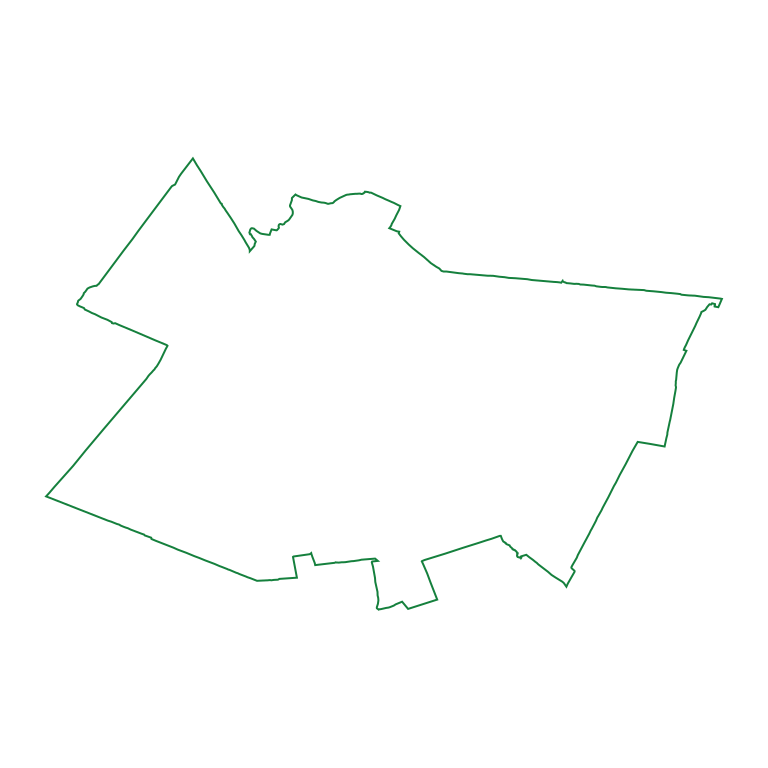 outline of Punghina, Mehedinti, Romania
{"feature_id": "2599482B36454738033803", "entity_name": "Punghina", "entity_type": "district", "adm_level": 2, "iso_a3": "ROU", "parent_name": "Romania", "parent_adm1": "Mehedinti", "projection": "robinson", "projection_center": [22.945, 44.308], "detail": "fine", "context": "isolated", "style": "outline", "palette": "green", "viewbox_px": 768, "rotation_deg": 0, "n_neighbors": 0, "source": "geoboundaries", "source_scale": "gbopen_adm2", "svg_char_len": 6049}
<svg xmlns="http://www.w3.org/2000/svg" viewBox="0 0 768 768"><path d="M574.5,570.8L571.7,568.3L571.4,567.7L571.4,567.2L572.3,565.4L576.8,557.7L577.8,555.1L584.8,541.9L586.5,538.8L587.4,537.1L589.2,533.8L590.8,530.4L591.6,529.1L594.4,523.8L596.0,520.7L597.4,517.3L597.8,516.8L601.5,510.3L602.7,507.7L608.3,497.3L613.9,486.1L615.9,482.7L619.7,475.0L625.7,464.1L632.5,450.9L637.7,441.9L650.0,443.9L664.6,446.5L666.4,438.0L667.3,434.6L667.4,432.6L669.8,421.3L670.1,420.3L673.3,404.0L674.2,397.8L675.4,391.2L676.0,387.5L675.9,386.6L675.6,385.4L675.8,383.3L675.8,381.1L676.1,380.1L676.8,372.4L677.2,369.7L677.8,368.0L679.2,364.7L680.6,362.7L686.4,350.8L683.8,349.9L684.1,348.9L685.0,346.9L686.0,345.1L688.1,340.3L695.2,326.0L696.5,323.0L699.6,316.6L701.0,313.4L701.4,312.0L703.6,310.9L705.4,309.8L707.2,307.0L709.5,304.3L711.2,304.5L712.1,303.3L715.0,304.1L715.0,305.0L714.5,306.0L714.6,306.5L718.3,307.2L719.3,305.0L721.9,298.9L720.5,298.6L708.7,297.2L703.6,296.9L695.0,295.7L688.3,295.4L681.3,294.7L680.4,294.1L677.2,293.7L671.3,293.1L665.9,292.7L661.6,292.1L653.5,291.3L646.9,290.8L646.1,290.7L644.1,290.1L628.8,289.4L622.5,288.8L615.7,288.3L607.2,287.4L606.1,287.1L605.2,287.0L602.5,287.0L601.0,286.9L596.3,286.3L594.6,285.7L591.8,285.5L583.5,284.6L580.3,284.5L579.0,284.0L578.4,283.9L576.3,283.8L574.3,283.9L570.2,283.4L566.4,283.1L565.6,282.5L564.5,282.3L563.2,281.6L562.7,281.2L562.6,280.9L561.2,282.7L559.7,282.4L557.1,282.1L553.7,281.9L531.7,280.0L527.3,279.2L515.0,278.2L508.8,277.9L504.7,277.2L499.1,276.7L493.0,275.8L487.4,275.7L470.0,274.2L467.5,274.2L463.6,273.7L462.7,273.5L459.0,273.2L446.2,271.5L443.5,271.5L442.2,271.1L441.5,270.9L439.3,268.5L436.3,266.8L430.8,263.1L424.0,257.0L418.9,253.1L412.9,248.3L408.8,244.6L404.0,239.8L400.9,236.2L398.7,233.3L399.2,231.7L396.9,231.3L389.3,228.2L390.2,227.1L391.0,225.9L391.5,224.9L391.7,224.0L394.7,218.8L396.3,215.3L399.1,209.9L400.4,206.1L398.0,205.0L393.7,202.8L391.7,202.0L388.6,200.6L385.3,199.2L382.7,197.9L376.8,195.4L371.2,192.7L370.7,192.6L369.7,192.7L368.5,192.2L366.9,191.9L364.9,191.7L364.6,192.2L364.6,192.5L364.4,192.7L363.7,193.1L363.3,193.5L363.0,193.5L362.1,194.0L361.3,194.0L360.1,193.6L357.9,193.7L357.1,193.8L355.3,193.8L349.9,194.3L349.1,194.5L347.0,194.7L346.0,195.0L339.7,197.9L336.3,200.0L334.4,201.4L334.0,202.0L333.0,202.9L332.1,203.2L331.1,203.2L328.5,203.8L327.8,203.8L325.5,203.0L324.1,202.7L321.4,202.5L318.3,201.9L315.7,201.0L312.8,200.4L308.4,198.9L301.6,197.5L296.5,195.2L295.5,194.5L292.0,197.9L291.9,198.3L291.9,200.1L290.0,205.4L290.0,206.1L290.2,206.7L292.3,209.8L292.6,210.8L292.8,211.8L292.8,213.3L292.7,213.9L292.4,214.9L289.1,219.6L288.0,220.6L285.2,222.3L284.0,224.1L282.5,224.6L280.5,224.0L279.6,224.2L279.0,224.7L278.7,225.4L278.6,226.4L278.9,227.8L278.6,228.4L277.0,230.1L276.7,230.3L275.7,230.2L271.6,229.4L270.1,233.2L269.7,234.8L268.4,234.8L262.2,233.9L260.3,233.4L256.5,230.9L253.9,228.6L252.0,228.2L251.4,228.3L251.0,228.6L250.3,229.5L249.4,232.7L249.8,233.2L249.8,233.9L250.1,234.3L250.8,234.2L252.2,236.5L252.4,237.2L254.0,238.9L255.8,241.6L254.7,244.0L254.6,245.0L254.3,246.1L249.8,251.2L249.8,250.4L249.6,249.5L249.0,247.8L245.7,242.4L244.4,240.0L241.4,235.1L238.7,231.1L234.3,223.4L230.9,218.1L227.4,212.9L225.7,210.5L224.6,208.6L223.1,206.8L221.9,204.9L221.8,204.5L221.9,204.1L221.6,203.7L220.8,203.4L214.2,192.5L206.9,181.3L200.6,170.9L196.9,165.2L192.9,158.4L181.2,173.6L179.0,176.8L175.1,184.5L172.1,186.0L171.3,186.9L146.7,219.7L138.4,230.8L132.3,239.3L123.6,250.6L98.5,284.3L97.7,284.6L96.6,285.8L94.8,285.9L92.7,286.4L89.5,287.5L87.5,288.6L85.3,291.7L83.8,293.2L83.6,294.4L82.7,295.9L80.6,298.9L78.5,300.5L78.0,301.2L77.9,302.2L77.0,304.1L77.1,304.5L77.8,305.3L80.2,306.5L81.5,307.0L84.0,308.1L84.8,309.5L89.1,311.5L91.9,313.0L95.0,314.2L101.4,317.5L107.4,319.8L111.7,322.1L112.0,323.1L113.5,323.5L115.2,323.2L119.4,325.1L131.4,330.1L155.2,340.3L166.8,345.1L167.5,345.8L165.8,348.9L160.6,359.8L158.4,363.7L156.8,366.3L155.0,368.4L154.5,369.4L153.4,370.4L151.7,372.4L149.8,374.3L148.5,375.8L146.3,379.0L103.7,429.0L85.6,450.5L73.1,465.9L54.4,486.9L49.2,493.0L46.1,496.4L107.8,520.6L111.3,521.7L117.0,524.0L118.5,524.4L119.6,524.8L120.3,525.4L123.4,526.7L125.8,527.6L127.8,528.2L130.7,529.6L141.5,533.7L144.1,534.6L144.7,535.4L151.2,537.7L151.5,539.0L155.8,540.8L173.5,547.7L177.7,549.6L186.3,552.8L194.5,556.2L199.1,557.9L205.2,560.4L214.5,563.9L219.8,566.2L221.0,566.6L227.4,569.1L228.3,569.6L229.3,569.8L236.3,572.8L237.7,573.2L239.3,574.0L246.1,576.6L247.4,577.2L250.4,578.2L257.0,580.8L267.9,580.3L269.5,580.1L270.4,580.1L271.2,580.3L273.9,579.9L277.7,579.7L278.4,579.5L279.3,578.9L296.9,577.7L293.0,556.9L293.5,556.5L309.7,554.2L310.5,553.7L311.2,553.1L311.5,554.4L311.8,555.1L312.4,556.9L314.7,562.9L315.2,565.1L333.9,562.9L334.7,562.8L335.7,562.3L336.4,562.5L338.9,562.6L341.4,562.3L345.0,562.2L351.5,561.2L353.4,561.1L359.0,560.3L361.5,559.7L375.1,558.6L377.8,560.9L372.2,561.5L371.9,561.9L371.8,562.4L373.0,566.7L375.0,577.9L375.3,582.0L377.5,591.9L377.6,595.4L378.2,597.9L378.4,600.5L377.9,603.9L376.8,607.3L376.9,608.3L378.7,609.6L379.0,609.3L380.6,609.2L386.3,607.9L388.4,607.6L389.8,607.2L393.8,605.6L395.6,604.4L402.1,601.7L408.1,608.9L437.2,599.6L430.5,582.4L427.2,573.5L423.2,564.3L421.8,561.3L422.0,561.1L424.6,560.0L445.3,553.6L462.7,547.9L478.9,542.8L485.9,540.5L491.5,538.8L499.7,535.9L500.8,535.9L501.3,537.2L501.8,538.6L502.9,540.9L503.5,541.7L504.0,541.9L505.6,542.9L505.5,543.2L506.5,544.1L507.4,544.5L509.6,545.4L509.9,546.1L510.7,547.1L511.6,547.8L512.5,548.8L512.5,549.2L513.2,549.6L513.6,549.5L513.9,549.9L514.9,550.1L515.3,550.7L516.1,551.2L516.7,551.9L516.9,552.9L517.1,553.1L517.7,553.2L517.7,553.5L517.4,554.0L517.3,554.9L517.0,555.1L517.2,556.4L517.7,557.0L520.4,557.8L520.6,557.8L520.8,557.6L521.0,557.7L521.1,558.0L521.4,557.6L521.4,557.2L520.9,556.5L521.0,556.4L526.3,554.8L529.4,557.3L533.0,559.9L535.4,561.9L536.7,562.8L538.3,564.4L548.0,571.8L551.5,574.9L555.5,577.5L562.3,581.7L563.8,583.0L566.4,586.7L567.8,583.6L574.6,571.7L574.5,570.8Z" fill="none" stroke="#15803d" stroke-width="2"/></svg>